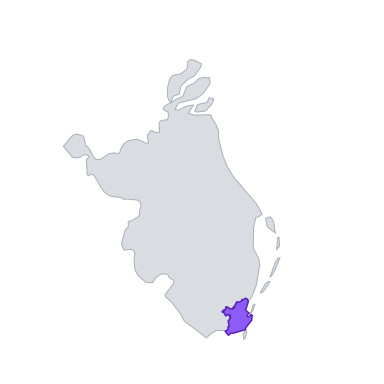 Het Hogeland, Groningen, Netherlands (highlighted), rotated 127°
{"feature_id": "6326949B63985747686653", "entity_name": "Het Hogeland", "entity_type": "district", "adm_level": 2, "iso_a3": "NLD", "parent_name": "Netherlands", "parent_adm1": "Groningen", "projection": "orthographic", "projection_center": [6.588, 53.413], "detail": "fine", "context": "in_parent", "style": "filled", "palette": "violet", "viewbox_px": 384, "rotation_deg": 127, "n_neighbors": 0, "source": "geoboundaries", "source_scale": "gbopen_adm2", "svg_char_len": 6017}
<svg xmlns="http://www.w3.org/2000/svg" viewBox="0 0 384 384"><g transform="rotate(127 192 192)"><path d="M233.0,322.2L227.1,321.9L221.7,321.7L218.8,321.2L215.8,319.8L214.4,316.9L212.7,313.5L213.2,311.4L218.4,305.6L219.2,303.9L218.7,303.0L219.2,300.4L223.2,291.6L223.7,288.1L222.0,285.6L219.5,284.1L211.4,281.4L207.6,277.6L205.8,274.3L204.0,273.4L201.4,274.5L194.6,275.5L189.2,273.7L182.8,267.5L181.4,262.0L180.7,257.8L179.1,256.3L176.9,258.4L174.1,261.7L168.7,262.0L167.1,261.2L166.9,259.3L166.7,257.5L165.2,255.2L163.7,253.9L156.6,260.0L154.1,259.9L150.9,257.4L149.4,255.0L145.8,256.2L142.6,259.1L143.5,264.6L141.7,265.5L137.8,264.9L133.5,262.5L128.6,261.0L121.3,256.9L110.7,259.6L103.6,255.7L97.6,255.0L94.0,252.0L90.2,246.8L93.2,243.7L96.0,242.7L107.0,242.5L114.9,244.8L128.9,256.1L132.5,256.1L136.4,254.9L134.6,251.9L131.0,250.4L125.8,247.3L121.7,243.1L131.7,242.2L130.4,240.0L129.2,236.4L119.1,223.6L121.0,220.3L123.9,213.1L127.4,207.2L130.1,205.7L134.5,201.6L144.2,189.4L150.4,179.4L155.1,167.5L162.4,134.4L164.5,128.8L167.7,122.6L171.5,123.9L174.1,125.7L183.7,121.2L200.1,109.2L205.1,98.6L209.8,93.8L228.4,84.3L238.6,81.5L254.3,80.9L265.7,79.2L279.3,78.5L284.6,84.5L287.6,88.8L292.5,91.2L300.0,92.8L299.6,101.4L299.8,118.4L299.3,121.5L295.9,128.7L292.4,141.6L291.5,150.1L290.4,151.7L275.8,151.7L273.8,153.2L273.5,155.0L274.2,157.2L273.9,159.3L272.7,161.1L273.4,163.9L275.9,167.1L280.5,169.0L285.5,169.2L288.0,168.9L289.9,171.1L291.8,174.6L291.6,179.0L291.0,185.0L288.6,190.5L281.9,196.8L278.8,199.0L276.0,200.2L274.6,201.9L274.0,204.0L274.1,205.9L279.0,210.9L278.9,212.1L277.5,214.7L275.6,217.2L263.1,222.4L257.9,222.0L254.9,224.5L254.0,225.0L250.7,222.6L243.4,219.9L240.7,220.8L239.1,222.3L234.5,224.0L231.2,226.9L231.2,230.5L236.9,240.0L239.0,241.9L239.0,245.4L241.9,249.8L244.7,255.4L245.0,258.9L244.7,262.5L243.1,267.5L238.0,279.3L237.9,281.6L238.3,283.3L240.1,283.8L241.4,284.7L241.0,286.3L231.3,294.4L230.1,295.8L226.0,295.4L225.4,296.8L225.9,299.0L227.5,300.9L230.9,302.0L233.8,304.1L236.2,308.2L233.0,322.2ZM133.5,262.5L132.5,265.9L130.2,269.6L122.5,274.8L114.6,278.0L110.6,277.4L107.9,275.5L106.5,273.4L102.3,271.4L96.6,270.2L93.0,272.1L90.3,273.9L88.1,273.5L86.5,271.8L85.3,269.3L84.0,261.4L88.3,260.1L97.6,260.0L104.6,263.0L114.0,264.7L121.4,261.2L126.9,264.6L133.5,262.5ZM119.0,230.0L124.3,235.1L125.4,236.8L125.8,238.5L118.7,240.2L111.5,233.8L106.6,235.1L104.9,232.1L104.9,230.3L110.0,229.0L119.0,230.0ZM174.4,111.0L168.8,117.3L165.6,115.4L164.7,113.9L166.5,109.0L174.6,100.8L174.4,111.0ZM198.8,83.0L193.8,83.6L191.5,82.3L203.7,78.9L211.4,77.9L212.8,78.5L198.8,83.0ZM231.5,76.8L220.8,78.2L217.2,77.0L216.7,75.9L219.6,75.3L228.6,75.3L231.4,76.2L231.5,76.8ZM186.9,89.8L176.8,96.2L175.9,95.2L182.5,89.5L186.9,89.8ZM274.9,65.7L269.9,66.1L271.3,63.7L276.0,61.8L278.5,61.8L274.9,65.7ZM253.3,72.2L245.7,75.3L243.9,74.6L244.4,73.7L251.0,71.8L253.3,72.2Z" fill="#d9dde1" stroke="#a8b0b8" stroke-width="1"/><path d="M270.6,90.6L270.4,90.5L270.2,90.5L269.7,90.0L269.3,90.0L269.2,90.0L268.7,90.0L268.4,89.2L268.3,88.8L268.2,88.6L267.8,88.7L267.6,88.1L267.3,88.2L267.5,88.0L268.0,88.0L267.9,87.7L267.7,87.7L267.4,87.1L267.8,86.8L268.0,86.8L268.5,86.9L268.8,86.8L268.9,86.7L269.0,86.7L269.0,86.8L269.1,86.7L269.1,86.4L269.1,86.1L269.1,85.9L269.2,85.7L269.3,85.7L269.5,85.7L269.6,85.9L269.6,85.7L269.8,85.6L270.0,85.6L269.9,85.5L269.9,85.4L270.0,85.4L270.2,85.5L270.4,85.5L270.5,85.5L270.6,85.4L270.8,85.4L271.0,85.3L271.4,85.4L271.5,85.5L271.7,85.4L271.8,85.3L272.0,85.3L272.4,85.4L272.5,85.4L272.8,85.6L273.0,85.6L273.1,85.4L273.3,85.2L273.5,85.1L273.7,84.9L273.8,84.8L274.4,84.3L274.7,84.0L274.9,83.8L275.7,82.7L276.0,82.5L276.1,82.4L276.3,82.3L276.6,82.1L276.8,82.0L276.9,81.9L277.0,81.8L277.3,81.3L277.5,81.3L277.6,81.5L277.8,81.6L278.1,82.0L280.8,80.2L280.9,80.3L281.0,80.5L281.5,81.0L281.8,81.2L282.2,81.4L282.3,81.4L282.4,81.5L283.4,81.5L284.5,76.9L284.3,76.7L283.4,76.4L282.5,76.4L281.6,76.0L280.2,74.5L279.5,73.8L278.0,72.6L275.7,70.9L273.5,69.3L271.2,67.7L270.2,66.8L269.7,66.3L268.3,67.4L258.4,67.2L254.3,69.6L254.3,71.2L255.1,71.0L255.9,71.3L256.2,71.2L256.5,71.2L256.9,71.3L257.1,71.3L257.5,71.6L257.7,72.0L257.9,72.7L257.8,73.2L257.7,73.4L257.4,73.7L257.0,73.8L256.0,73.6L255.9,73.7L255.1,73.5L254.3,73.5L254.2,78.1L245.7,81.0L244.3,83.1L244.3,83.3L244.3,83.6L244.3,83.8L244.4,84.1L244.4,84.3L244.4,84.5L244.5,84.7L244.6,85.0L244.8,85.2L244.9,85.4L245.0,85.5L245.5,85.7L245.8,85.8L246.8,86.0L247.0,86.1L247.3,86.3L247.5,86.6L247.5,86.9L247.7,87.3L247.8,87.4L248.0,87.4L248.3,87.3L248.5,87.1L248.8,86.9L249.0,86.9L249.1,87.0L249.5,87.1L249.9,87.2L250.0,87.2L250.1,87.3L250.4,87.5L250.5,87.5L251.2,88.0L251.5,88.2L251.7,88.3L251.9,88.5L252.0,88.6L252.2,88.8L252.3,88.9L252.3,89.1L252.3,89.4L252.3,89.5L252.6,89.8L252.9,89.9L253.0,90.0L253.1,89.9L253.5,89.7L253.8,89.6L254.1,89.7L254.2,89.8L254.3,90.0L254.5,90.1L254.7,89.9L254.8,89.8L254.9,89.6L255.0,89.4L255.5,89.5L255.8,89.5L256.3,89.5L256.7,89.6L256.9,89.6L257.2,89.5L257.3,89.4L257.4,89.2L257.6,88.9L257.8,88.8L258.0,88.9L258.3,88.8L258.5,88.8L258.8,89.3L258.9,89.5L258.9,89.8L259.0,89.8L259.2,89.7L259.4,89.5L259.5,89.4L259.4,89.1L259.4,88.9L259.5,88.8L259.7,88.7L259.8,88.7L260.0,88.8L260.2,89.0L260.1,89.3L260.3,89.4L260.5,89.5L260.7,89.4L260.8,89.4L260.9,89.2L261.0,89.2L261.2,89.3L261.3,89.4L261.3,89.5L261.3,89.8L261.4,90.0L261.7,90.4L262.2,91.2L262.4,91.5L262.5,91.8L262.5,92.0L262.4,92.1L262.4,92.3L262.5,92.5L262.4,92.8L262.3,93.0L262.5,93.5L262.6,94.0L262.6,94.5L262.7,95.2L262.8,95.3L262.9,95.2L263.3,95.1L263.5,95.2L263.6,95.3L263.6,95.2L263.8,95.1L264.0,95.1L264.4,94.9L264.3,94.7L264.5,94.6L264.8,94.6L265.0,94.5L264.9,94.6L265.0,94.6L265.0,94.8L265.4,94.8L265.4,94.7L265.5,94.7L265.9,94.7L265.9,94.8L266.2,94.8L266.6,94.8L266.8,94.8L267.1,94.7L267.0,94.9L266.9,95.4L268.0,95.5L268.0,95.8L268.7,95.7L268.7,95.9L269.6,95.8L269.6,95.6L269.6,95.4L269.5,95.0L269.4,94.9L269.2,94.6L269.1,94.4L270.1,91.8L270.1,91.7L270.3,91.4L270.3,91.2L270.5,90.8L270.6,90.6L270.6,90.6Z" fill="#8b5cf6" stroke="#5b21b6" stroke-width="1.5"/></g></svg>